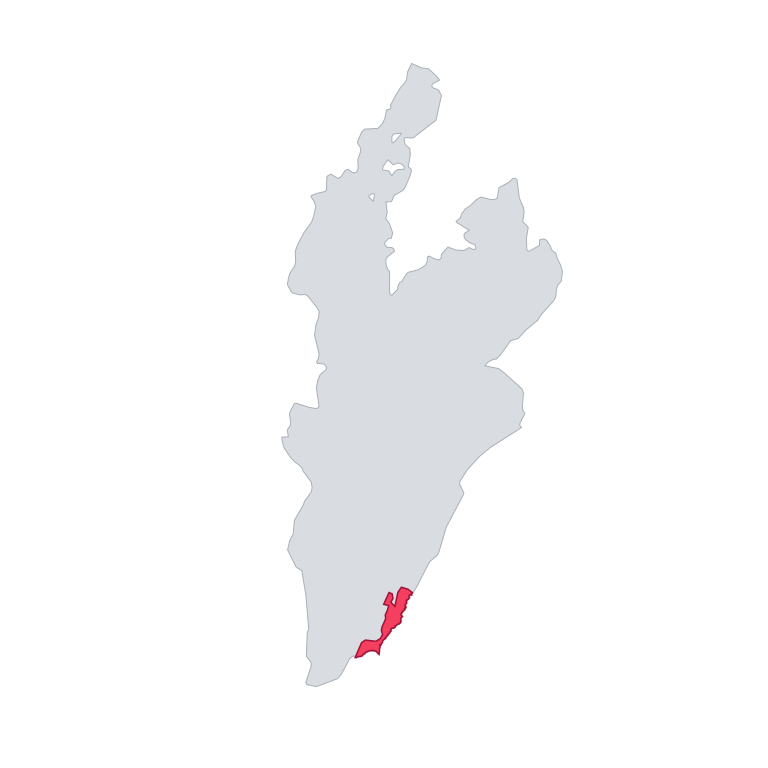 location of Tup, Ysyk-Köl, Kyrgyzstan, rotated 114°
{"feature_id": "92254566B37451543675332", "entity_name": "Tup", "entity_type": "district", "adm_level": 2, "iso_a3": "KGZ", "parent_name": "Kyrgyzstan", "parent_adm1": "Ysyk-Köl", "projection": "orthographic", "projection_center": [78.601, 42.71], "detail": "fine", "context": "in_parent", "style": "filled", "palette": "rose", "viewbox_px": 768, "rotation_deg": 114, "n_neighbors": 0, "source": "geoboundaries", "source_scale": "gbopen_adm2", "svg_char_len": 8372}
<svg xmlns="http://www.w3.org/2000/svg" viewBox="0 0 768 768"><g transform="rotate(114 384 384)"><path d="M176.7,446.5L178.6,445.5L184.5,444.8L196.2,444.7L200.0,445.9L207.6,451.4L213.7,451.3L214.8,452.0L216.8,456.3L225.7,451.0L232.0,449.7L235.5,444.0L242.6,437.4L248.3,436.7L248.3,437.8L249.3,439.0L254.9,441.0L256.8,439.3L257.9,436.8L256.2,432.5L256.3,430.8L258.3,428.4L267.1,432.9L269.2,433.0L273.5,431.1L277.5,427.5L279.1,424.6L298.4,416.0L299.8,414.3L299.7,412.9L292.0,410.1L288.4,411.2L285.1,411.0L283.3,409.4L273.8,408.2L271.8,407.0L266.0,399.4L258.6,394.4L254.8,394.4L250.2,395.9L248.8,394.9L249.0,388.2L248.4,384.1L245.8,383.0L242.2,384.3L232.9,381.3L232.4,372.8L229.5,365.1L224.7,361.7L224.9,357.2L223.3,355.2L221.8,355.6L219.7,357.7L220.2,362.7L219.1,367.6L217.8,370.0L215.4,371.6L213.0,371.5L208.9,368.6L206.9,383.5L206.0,384.3L201.1,381.8L196.9,382.3L190.8,380.9L186.4,378.0L177.7,374.4L173.7,371.3L172.0,361.0L169.8,357.2L167.6,356.2L157.8,358.8L148.6,351.7L143.9,349.9L142.8,347.9L143.2,345.7L159.1,336.0L165.6,328.9L169.6,326.0L179.1,323.4L181.9,316.6L182.7,315.8L192.5,313.3L203.5,308.0L203.9,306.4L203.0,304.8L194.0,298.3L189.0,300.5L186.4,296.9L186.7,293.6L190.4,288.1L193.3,285.4L194.9,280.0L199.0,276.6L203.5,271.1L208.6,266.7L217.7,263.9L222.5,265.4L227.2,265.0L234.5,262.6L238.9,262.8L256.9,268.7L263.0,269.4L276.8,276.2L287.8,279.9L292.9,285.9L310.6,289.6L315.5,291.5L317.1,294.3L322.0,298.1L326.3,299.1L323.3,285.5L325.3,277.6L332.3,256.1L335.4,253.0L350.3,247.7L353.9,243.3L364.4,243.9L366.6,243.2L367.9,240.7L399.3,261.4L411.3,267.3L428.1,272.9L442.4,275.1L444.9,274.0L451.0,266.7L453.7,266.5L489.3,268.9L515.0,265.5L518.7,265.7L528.1,270.1L558.3,271.8L570.1,274.6L589.0,273.7L596.9,274.2L611.2,279.6L616.3,280.7L625.6,281.5L629.2,280.6L631.2,281.8L633.3,288.6L642.2,297.2L645.5,301.8L648.9,303.7L665.8,304.8L672.1,306.6L687.9,322.6L690.1,332.1L688.5,334.1L672.0,335.6L668.2,337.1L664.3,344.2L642.0,353.1L638.7,353.0L608.8,369.4L588.0,383.1L587.1,389.7L574.8,404.6L565.6,406.4L557.8,406.0L544.9,410.4L528.6,408.6L522.9,408.8L512.2,406.5L507.9,407.5L503.2,410.5L496.6,422.3L493.9,425.0L492.7,427.7L491.6,433.5L489.0,439.6L483.3,448.9L478.6,453.1L474.2,455.7L471.0,449.9L465.3,453.7L460.0,452.7L456.8,453.8L449.3,458.5L438.5,458.0L437.3,456.3L435.7,442.5L434.0,436.0L432.5,434.5L430.6,434.3L414.7,444.4L407.5,446.0L401.5,446.1L394.0,442.6L392.3,443.3L390.9,444.9L390.2,447.1L392.2,453.3L391.5,454.5L388.0,454.2L383.1,455.4L367.6,467.3L358.1,470.1L349.2,470.9L343.9,472.9L340.7,477.5L334.3,490.1L334.4,492.9L336.6,496.5L338.0,504.5L337.4,506.5L332.4,512.7L326.3,514.3L321.5,515.0L312.5,513.6L307.8,514.6L298.9,519.1L291.8,519.5L278.5,518.7L265.6,516.0L261.2,516.3L249.5,518.4L245.2,522.7L242.8,526.7L241.7,527.3L237.3,523.0L231.9,515.9L229.0,515.8L218.3,520.4L216.7,520.1L213.9,517.8L214.9,509.4L211.7,507.4L204.7,506.4L202.5,504.3L203.7,498.9L203.0,496.8L201.3,495.1L197.6,495.2L189.9,499.1L181.1,499.9L178.1,501.1L174.2,506.7L162.6,506.9L159.0,505.2L153.0,493.6L147.2,491.4L141.1,491.2L132.7,493.2L130.9,490.7L128.9,489.8L126.8,491.5L116.7,490.8L106.5,489.5L100.8,487.6L97.0,487.2L89.1,489.4L79.9,489.0L80.0,478.6L77.9,471.4L81.8,460.4L83.8,456.9L90.2,461.9L92.7,461.4L93.6,459.3L93.1,454.1L97.0,448.9L121.8,443.8L147.5,457.6L150.4,465.1L152.7,465.0L156.7,462.2L158.4,456.1L163.9,453.2L175.8,450.1L176.7,446.5ZM188.3,472.8L188.9,471.8L187.4,466.4L190.5,461.7L185.1,460.3L182.5,458.6L179.8,453.3L178.8,453.0L177.1,454.2L175.9,457.4L176.4,461.1L180.0,464.8L177.6,471.7L185.5,473.3L188.3,472.8ZM159.9,475.2L159.9,473.7L158.0,472.8L148.2,469.8L148.4,471.3L151.8,476.9L154.7,477.5L159.9,475.2ZM220.5,471.3L221.3,468.1L215.1,469.6L214.3,471.1L216.2,473.4L218.8,474.4L220.5,471.3Z" fill="#d9dde1" stroke="#a8b0b8" stroke-width="1"/><path d="M645.7,299.1L645.0,297.6L644.8,297.5L644.5,297.4L644.3,297.2L643.9,296.9L643.7,296.5L643.6,296.4L643.4,296.2L643.2,296.1L643.0,295.8L642.9,295.2L642.7,294.8L642.3,294.3L642.1,294.3L641.9,294.2L641.6,293.7L641.3,293.5L641.3,293.4L641.0,293.2L640.8,293.0L640.5,293.0L640.3,293.1L640.2,293.1L639.6,293.2L639.4,293.0L639.4,292.9L638.8,292.5L638.7,292.3L638.6,292.2L638.5,291.9L638.3,291.9L638.1,291.8L637.9,291.8L637.8,291.7L637.7,291.7L637.4,291.7L637.3,291.8L637.1,291.8L636.9,291.7L636.7,291.5L636.4,291.5L636.2,291.3L635.9,290.8L635.6,290.7L635.6,290.8L635.5,290.6L635.4,290.6L635.4,290.4L635.1,290.3L635.1,290.2L634.9,290.2L634.7,289.8L634.7,289.7L634.4,289.5L634.2,289.4L634.0,289.1L633.8,289.0L633.8,288.9L633.7,288.7L633.4,288.4L633.4,288.1L633.2,287.9L633.1,287.7L632.8,287.4L632.8,287.2L632.7,287.2L632.3,286.6L632.3,286.4L632.2,286.3L632.1,286.1L632.1,285.9L632.2,285.7L632.1,285.4L632.0,285.1L632.0,284.9L631.9,284.8L631.7,284.8L631.7,284.6L631.7,284.4L631.6,284.2L631.6,283.9L631.5,283.7L631.6,283.4L631.6,283.0L631.5,282.6L631.6,282.4L631.5,282.1L631.7,281.9L631.8,281.6L631.9,281.3L631.9,281.1L632.1,281.0L632.2,280.6L632.5,280.3L632.7,279.8L632.8,279.4L632.9,279.0L633.0,278.8L633.1,278.5L630.5,279.2L628.1,280.2L625.4,280.7L624.9,281.3L624.8,281.6L624.2,281.8L624.0,281.6L623.7,281.0L623.7,280.6L622.3,280.5L622.2,280.6L621.7,280.6L621.4,280.6L621.1,280.3L620.8,280.3L620.6,280.2L620.4,280.3L620.2,280.4L619.6,280.6L619.1,280.7L618.9,280.7L618.7,280.8L618.5,280.6L618.3,280.5L618.2,280.3L617.8,280.2L617.5,279.9L617.3,279.8L616.9,279.7L616.5,279.7L616.3,279.4L616.0,279.3L616.0,279.2L615.8,279.2L615.6,279.2L615.4,279.2L615.2,278.9L614.8,279.0L614.5,279.2L614.5,279.3L614.1,279.1L613.7,279.0L613.4,278.7L612.9,278.5L612.6,278.4L612.4,278.4L612.1,278.4L611.9,278.4L611.7,278.2L611.6,278.3L611.4,278.6L611.2,278.8L610.6,278.2L610.4,277.9L609.2,277.5L608.9,277.6L608.6,277.6L608.4,277.5L608.2,277.8L608.0,277.5L607.7,277.3L606.8,277.0L606.6,277.1L606.5,277.4L606.3,277.5L606.0,277.9L605.9,277.9L605.5,277.7L605.4,277.8L605.1,277.9L604.7,277.9L604.4,277.8L604.3,277.5L603.9,277.4L603.8,277.1L603.6,277.0L603.5,276.9L603.5,276.7L603.4,276.4L603.2,275.8L602.9,275.7L602.7,275.7L602.3,275.5L602.2,275.4L602.2,275.2L601.9,275.0L601.7,274.9L601.2,275.1L601.0,275.3L600.8,275.5L600.4,275.5L600.1,275.3L600.0,275.2L600.0,274.9L600.0,274.7L599.7,274.4L599.2,274.2L599.1,274.3L598.6,274.1L598.1,273.9L597.9,273.9L597.9,273.7L597.7,273.2L597.3,272.9L597.2,272.8L597.0,272.5L596.9,272.5L596.8,272.4L596.3,272.5L596.2,272.4L595.9,272.2L595.7,271.9L595.6,271.7L595.2,271.6L595.1,271.8L594.9,271.9L594.9,272.0L594.6,272.1L594.4,272.2L594.1,272.0L593.8,271.9L593.6,272.0L593.5,272.4L593.2,272.6L592.9,272.5L592.6,272.5L592.5,272.8L592.3,273.0L592.1,273.1L591.9,273.2L591.5,273.2L591.3,273.2L591.1,273.1L590.9,273.3L590.2,273.1L589.8,273.0L589.5,272.8L589.4,272.6L589.2,272.4L588.7,272.6L588.7,272.9L588.5,273.4L588.7,273.6L588.4,273.9L588.3,274.0L588.3,274.3L588.1,274.4L587.6,274.9L587.4,274.9L587.2,274.9L586.8,274.8L586.5,274.8L586.4,274.7L586.0,274.8L585.7,274.8L585.5,274.7L585.3,274.7L585.2,274.6L584.8,274.4L584.6,274.4L584.1,274.2L583.8,274.2L583.5,274.3L583.4,274.2L583.4,273.9L583.0,273.7L582.8,273.6L582.7,273.5L582.4,273.6L582.2,273.7L581.9,273.5L581.8,273.3L581.7,273.2L581.6,273.3L581.4,273.4L581.2,273.3L580.8,273.3L580.7,273.4L580.7,273.6L580.4,273.7L580.4,273.8L580.1,273.7L579.5,272.9L579.2,273.0L578.7,273.2L578.5,273.4L578.4,273.5L578.5,274.1L578.3,274.1L578.2,274.3L578.1,274.5L577.7,274.5L577.6,274.4L577.4,274.4L577.1,274.5L576.9,274.7L576.7,274.6L576.2,274.5L575.9,274.5L575.5,274.5L575.4,274.4L575.1,274.1L574.7,274.2L574.6,274.3L574.6,274.5L574.2,274.7L574.2,274.8L573.9,275.2L573.8,275.3L573.5,275.1L573.3,275.2L573.1,275.3L572.6,275.1L572.4,275.2L572.2,275.2L571.8,275.4L571.7,275.3L571.7,275.2L571.3,274.7L571.2,274.5L571.0,274.4L570.8,274.1L570.7,274.1L570.2,274.1L569.0,273.7L569.0,273.8L568.9,274.0L569.0,274.2L568.9,274.3L568.7,274.3L568.4,274.4L568.2,274.6L568.0,274.8L567.6,274.9L567.4,275.1L567.2,275.1L567.0,274.9L566.8,274.9L566.6,274.8L566.4,274.8L566.2,274.7L565.9,274.4L565.8,274.2L565.9,273.8L565.8,273.5L565.8,273.4L565.7,273.2L565.5,272.9L565.4,272.8L565.2,273.1L564.9,273.3L564.6,273.3L564.4,273.3L564.2,273.6L563.7,273.4L563.7,273.2L563.1,273.0L561.7,278.6L562.6,285.5L568.6,286.6L582.7,283.6L580.6,289.0L576.4,288.5L572.4,291.1L572.4,294.6L585.4,294.7L584.5,289.6L589.3,288.9L594.5,288.9L597.8,287.0L606.6,287.0L610.2,286.2L613.3,283.5L617.8,283.7L622.3,286.7L625.5,296.8L629.3,299.3L643.5,299.1L645.7,299.1Z" fill="#f43f5e" stroke="#9f1239" stroke-width="1.5"/></g></svg>